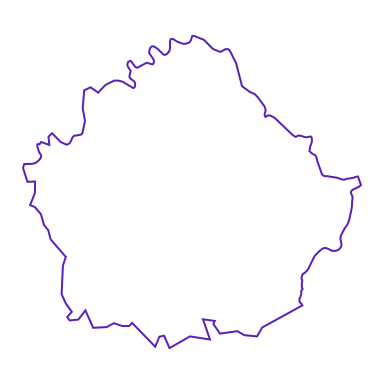 Cuenca, orthographic projection
{"feature_id": "ESP-5818", "entity_name": "Cuenca", "entity_type": "Autonomous Community", "adm_level": 1, "iso_a3": "ESP", "parent_name": "Spain", "parent_adm1": "", "projection": "orthographic", "projection_center": [-2.034, 39.943], "detail": "fine", "context": "isolated", "style": "outline", "palette": "violet", "viewbox_px": 384, "rotation_deg": 0, "n_neighbors": 0, "source": "natural_earth", "source_scale": "10m", "svg_char_len": 3088}
<svg xmlns="http://www.w3.org/2000/svg" viewBox="0 0 384 384"><path d="M358.0,176.5L361.0,185.0L358.9,186.8L352.5,189.8L351.3,191.2L350.8,192.4L351.1,193.5L352.1,195.6L352.5,196.8L352.5,198.5L352.1,201.9L352.0,205.3L351.6,208.8L349.2,220.0L347.9,223.5L346.8,225.5L344.9,228.0L341.1,235.0L340.6,237.0L340.5,238.9L340.7,240.4L341.4,243.7L341.4,245.8L340.7,247.4L339.7,248.7L338.4,249.7L337.0,250.5L335.4,250.9L332.3,250.8L330.8,250.3L329.5,249.5L326.6,248.2L325.1,248.0L323.6,248.2L322.1,248.9L319.1,251.4L315.3,255.3L314.3,256.6L308.4,268.7L306.5,271.2L304.7,272.9L303.2,273.7L302.6,274.5L301.8,276.8L301.6,277.6L301.6,278.5L301.7,279.1L302.1,279.9L302.3,280.6L302.3,280.8L302.3,281.1L302.0,282.4L301.8,283.4L301.8,284.5L301.9,285.5L301.8,287.5L302.2,288.3L302.4,288.5L302.5,288.7L302.6,289.2L302.2,289.7L301.5,290.3L301.1,291.3L301.3,293.6L300.3,297.3L299.4,298.9L299.4,300.2L299.5,301.2L299.9,302.2L300.6,303.1L301.3,303.5L302.3,305.4L262.2,327.5L257.1,336.4L244.4,335.2L237.4,331.2L220.0,333.6L213.4,324.0L214.8,320.9L203.0,319.3L210.0,339.5L189.9,336.4L169.5,348.1L164.1,335.7L159.4,336.7L155.2,346.7L132.1,322.9L129.1,326.0L122.6,326.1L113.9,323.2L106.7,327.1L93.2,327.8L85.4,310.4L78.3,319.6L69.6,320.4L67.2,317.0L71.8,311.9L65.6,303.1L61.6,294.1L62.9,265.7L65.8,256.9L50.7,239.4L48.2,230.1L44.0,225.0L40.9,214.1L34.9,207.1L30.1,205.1L34.9,193.1L35.1,181.5L27.4,181.8L23.0,167.9L24.2,164.1L32.5,163.8L35.8,162.8L38.4,160.7L40.1,158.9L41.0,157.3L41.2,155.7L40.6,154.3L39.6,153.0L38.9,151.6L38.4,150.1L38.0,148.4L37.4,146.9L37.2,144.9L37.7,144.1L38.3,144.0L39.6,144.3L41.1,142.0L49.3,144.9L48.5,136.7L52.1,133.2L60.5,141.9L66.2,144.6L68.1,144.2L69.6,143.1L70.8,141.3L72.7,137.0L74.0,135.9L81.1,134.6L82.4,133.4L85.0,121.0L82.7,108.2L84.2,90.4L90.5,87.3L98.2,92.6L105.5,84.9L114.2,80.6L118.4,80.6L122.8,81.8L133.1,88.0L134.0,87.8L134.7,86.9L135.1,85.6L135.1,84.2L135.0,82.9L133.9,81.1L130.7,78.8L129.5,77.1L129.5,75.6L130.5,71.7L130.6,70.7L128.0,66.9L127.3,64.6L127.9,62.3L128.5,61.6L130.8,60.9L135.3,67.0L136.3,67.5L137.3,67.7L146.6,62.8L152.3,64.3L153.3,63.8L154.0,62.0L153.6,59.6L149.3,53.1L149.2,51.2L149.8,49.1L150.7,47.4L151.9,46.4L153.8,46.4L157.5,48.7L163.4,54.6L165.2,54.9L167.0,53.9L168.6,52.2L169.7,50.0L170.1,47.5L170.0,41.6L170.7,39.2L172.8,38.8L177.5,41.8L183.1,43.8L186.0,43.7L188.9,42.7L190.2,41.5L191.0,40.0L192.2,36.1L194.1,35.9L204.0,39.9L213.0,49.0L219.3,51.6L221.0,51.7L225.6,49.1L228.0,49.1L229.8,50.5L236.2,63.5L242.0,86.2L250.0,92.0L254.8,94.1L257.7,97.2L264.6,106.5L265.5,109.5L265.4,112.0L264.6,113.7L264.9,116.4L265.8,116.9L266.6,116.2L268.1,115.3L270.5,115.6L274.7,117.9L292.3,134.7L294.5,136.3L295.9,136.9L298.1,135.6L299.9,135.6L302.2,136.2L304.6,137.1L306.5,137.3L310.7,136.5L311.6,137.4L311.8,138.8L311.9,140.4L311.8,141.9L311.0,144.7L310.1,146.7L309.5,150.9L310.3,151.9L311.4,153.1L315.4,155.4L316.1,156.5L316.6,158.0L317.2,160.7L322.0,174.4L323.5,175.7L325.1,176.2L326.8,176.1L337.4,177.8L342.0,179.5L344.6,179.7L346.0,179.1L346.3,178.9L347.9,178.6L350.8,178.3L353.9,177.7L355.0,177.0L358.0,176.5Z" fill="none" stroke="#5b21b6" stroke-width="2"/></svg>